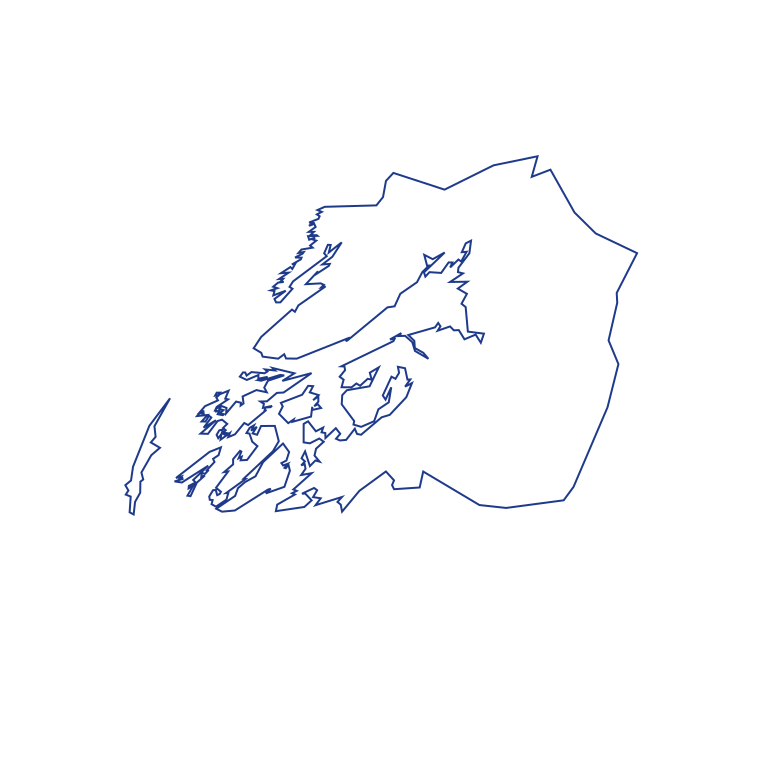 Kragerø nor, Telemark, Norway, rotated 153°
{"feature_id": "86288312B49574496849742", "entity_name": "Kragerø nor", "entity_type": "district", "adm_level": 2, "iso_a3": "NOR", "parent_name": "Norway", "parent_adm1": "Telemark", "projection": "natural_earth1", "projection_center": [9.439, 58.886], "detail": "fine", "context": "isolated", "style": "outline", "palette": "blue", "viewbox_px": 768, "rotation_deg": 153, "n_neighbors": 0, "source": "geoboundaries", "source_scale": "gbopen_adm2", "svg_char_len": 6171}
<svg xmlns="http://www.w3.org/2000/svg" viewBox="0 0 768 768"><g transform="rotate(153 384 384)"><path d="M356.4,568.8L364.3,569.2L361.3,565.6L366.8,565.6L365.2,562.7L367.4,560.9L377.4,561.9L374.4,559.9L379.0,559.0L373.5,558.3L373.6,555.0L381.9,553.7L377.4,551.4L382.0,550.1L376.4,547.1L376.0,546.2L384.6,550.2L385.1,546.5L378.9,545.8L381.9,545.1L379.3,542.5L387.0,540.9L385.7,537.9L396.5,541.3L400.7,539.6L395.6,538.0L397.4,537.1L405.8,537.1L400.1,534.0L401.6,532.8L411.9,532.3L407.8,531.9L413.5,528.1L414.3,530.7L425.5,529.5L418.4,526.5L429.9,525.2L426.1,523.5L429.1,522.5L427.1,520.5L432.3,522.4L438.6,521.0L435.5,517.8L442.4,518.8L439.4,516.5L442.4,513.2L429.2,511.7L443.0,509.5L443.1,505.7L439.3,503.8L422.3,510.4L424.1,513.4L418.5,516.7L377.0,523.9L378.0,527.6L370.8,533.5L368.4,532.1L373.5,526.2L357.4,529.4L372.3,520.8L384.6,518.5L377.8,515.6L379.6,514.3L393.5,512.8L391.7,514.4L408.3,508.4L394.7,502.4L392.6,499.7L396.0,498.6L391.7,497.5L424.6,492.9L430.6,488.8L432.2,492.1L472.1,481.7L483.9,475.0L479.2,467.5L479.7,463.5L466.8,454.6L459.4,455.8L459.7,451.2L450.2,446.2L393.3,440.9L398.7,439.6L396.8,439.4L346.1,450.7L339.3,448.4L328.5,457.0L308.4,459.7L298.9,466.4L290.1,469.1L291.9,469.9L289.5,480.8L283.9,473.1L270.2,473.6L297.7,465.3L298.4,460.9L292.7,463.0L282.6,457.0L271.2,463.0L267.9,461.2L272.1,457.8L261.2,461.1L259.6,458.1L250.4,464.3L254.8,466.1L247.3,472.2L241.4,472.2L248.6,461.7L264.9,453.8L267.3,450.1L263.4,446.7L278.8,444.9L263.3,437.3L274.9,435.5L269.2,426.7L278.5,420.3L276.3,415.5L285.5,392.6L272.1,383.5L279.0,376.8L279.9,386.4L292.0,387.3L292.9,398.1L297.4,400.1L299.0,405.3L312.0,407.1L307.5,409.8L308.0,413.8L312.8,411.3L340.1,416.6L337.4,408.7L340.2,402.1L334.8,393.9L333.0,386.3L341.4,399.4L339.8,408.4L343.3,417.3L349.0,420.0L345.5,421.5L358.4,421.0L354.1,419.4L356.1,417.9L414.0,419.1L411.3,417.5L412.4,414.0L420.2,410.6L418.0,406.2L423.3,400.4L414.3,395.8L408.4,397.0L406.1,393.3L396.2,396.0L393.0,393.5L391.5,400.5L381.1,401.2L397.9,388.5L419.9,395.3L426.3,393.0L430.9,385.1L427.4,364.5L429.6,361.7L423.8,356.2L409.7,355.3L400.5,364.0L388.1,365.5L379.0,377.8L389.7,369.4L390.3,374.3L374.0,387.1L371.4,383.4L365.5,387.1L363.8,393.0L358.1,388.5L361.1,377.3L358.5,376.1L366.4,372.1L358.7,372.1L370.1,362.1L392.9,353.9L401.2,355.4L427.5,349.2L430.7,351.8L430.3,357.4L443.1,351.4L448.9,353.7L451.6,357.0L445.6,359.5L447.0,366.5L460.7,362.4L458.6,367.0L461.6,369.3L458.0,372.8L466.2,372.8L468.6,385.2L473.7,384.9L482.1,368.5L477.0,364.8L466.4,364.8L463.9,359.9L473.9,357.2L478.4,351.8L476.6,344.0L479.8,347.0L487.3,344.5L484.9,359.8L491.2,355.2L489.6,350.9L494.7,349.1L491.1,348.5L492.4,344.1L499.1,340.5L489.0,337.4L512.6,331.2L510.3,328.4L515.5,328.4L513.5,326.0L533.9,325.0L538.1,319.8L510.8,310.6L501.3,313.2L503.9,322.1L506.9,323.5L493.5,323.1L491.8,319.7L498.5,315.4L492.3,310.9L500.0,307.1L472.8,302.4L479.0,300.0L477.3,296.2L479.3,289.3L454.4,300.0L422.0,305.2L418.8,293.6L422.7,290.3L422.8,285.7L399.2,275.6L388.8,288.2L353.9,232.8L331.4,218.1L276.7,198.8L261.8,206.3L195.4,261.8L166.1,295.3L164.1,320.9L139.3,350.5L135.3,359.5L99.1,385.7L127.0,422.0L136.4,450.4L138.4,499.4L158.3,501.5L143.8,517.2L187.1,529.1L241.8,529.7L279.8,567.8L290.0,564.1L300.0,551.0L309.7,546.6L356.4,568.8ZM539.6,406.8L526.2,412.7L523.7,409.1L500.5,414.3L502.5,414.6L500.6,416.9L495.6,414.9L493.7,415.3L502.7,417.7L500.0,420.8L502.1,424.5L496.1,421.7L483.5,424.7L477.3,422.0L443.6,426.6L473.2,432.9L459.0,434.2L476.1,448.9L474.9,445.5L483.4,451.0L482.2,448.1L485.5,447.8L496.7,454.8L502.6,453.9L502.4,457.2L504.3,458.3L509.1,456.0L504.4,449.9L491.8,449.0L493.6,445.8L484.4,443.2L494.5,444.6L492.0,442.7L472.4,439.2L469.0,437.0L485.9,439.6L492.3,435.2L492.2,429.8L500.4,436.5L515.6,437.1L518.0,430.4L521.5,429.9L520.0,432.3L523.8,435.5L538.0,429.5L535.2,434.2L538.9,438.3L541.8,436.3L538.9,433.6L543.7,432.4L540.3,429.7L541.8,429.4L545.9,432.6L543.0,434.6L546.2,435.8L545.8,437.0L547.5,436.8L545.5,437.3L545.7,435.7L543.0,435.1L540.7,438.6L545.4,438.0L543.5,439.5L529.9,441.1L532.1,443.0L525.5,448.6L536.9,449.6L534.1,450.8L537.0,452.2L539.8,450.3L536.0,449.1L539.6,448.0L539.4,444.8L553.5,445.5L561.2,442.4L557.3,441.7L558.1,439.5L561.6,441.8L565.1,440.3L555.3,436.5L563.5,433.4L560.1,431.6L554.3,435.1L553.1,432.5L564.5,427.0L550.2,428.0L570.0,423.1L563.5,419.5L549.0,426.6L544.5,425.7L541.8,419.6L547.4,417.9L546.0,414.7L549.1,413.6L546.1,411.4L548.9,411.3L551.0,413.8L548.2,416.4L551.8,417.5L556.2,414.7L556.3,411.0L551.8,413.1L554.9,408.6L543.5,410.3L546.9,407.4L539.6,406.8ZM539.0,340.2L519.4,337.6L507.2,349.5L505.8,355.4L509.8,353.5L510.7,354.5L505.9,356.6L510.9,357.2L511.3,360.1L505.7,360.1L499.4,366.5L501.0,376.8L527.2,369.3L540.4,360.1L552.3,359.7L561.4,357.5L567.4,351.9L590.1,349.0L586.3,343.8L574.3,339.0L535.3,342.6L532.4,342.1L539.0,340.2ZM589.4,351.0L576.9,352.5L572.2,357.6L574.3,358.5L550.4,362.2L552.2,363.3L513.5,374.5L503.7,380.8L500.3,396.2L512.6,402.4L520.1,396.4L523.5,399.6L516.8,403.6L523.5,402.7L518.6,406.2L523.6,405.9L528.8,402.7L526.4,400.9L527.6,392.4L525.0,386.1L540.5,378.5L546.4,381.1L543.8,383.8L547.2,383.8L541.8,388.5L542.6,389.8L552.6,385.5L554.9,380.9L566.4,378.1L562.6,376.8L580.8,367.8L578.2,362.0L580.3,360.6L583.1,360.7L582.0,365.9L584.5,367.0L590.8,363.1L591.8,359.9L589.4,358.4L592.2,355.2L589.4,351.0ZM666.3,381.4L659.3,392.0L650.6,397.8L645.4,407.6L641.9,408.2L640.3,415.3L623.7,426.2L612.6,428.9L618.3,437.8L611.5,440.6L607.7,450.6L581.1,468.4L612.0,453.3L645.2,424.2L653.2,412.9L660.4,411.3L660.1,405.1L664.3,402.7L660.8,398.7L668.9,385.2L666.3,381.4ZM482.5,391.8L463.8,388.1L458.3,396.2L459.5,393.4L451.0,391.2L452.2,396.1L456.2,395.9L450.5,398.1L448.2,402.7L454.5,401.8L447.3,403.8L453.9,410.2L448.2,414.3L452.4,416.8L461.8,411.6L484.4,414.0L484.4,410.0L491.1,405.1L487.1,392.6L480.6,393.4L482.5,391.8ZM607.3,371.9L595.5,381.1L585.1,383.8L588.9,384.3L586.6,387.5L584.1,385.2L579.2,387.0L582.2,387.1L570.4,391.5L570.3,394.9L563.7,395.7L558.1,401.6L570.3,402.7L612.0,394.7L606.5,393.6L609.3,392.4L606.3,391.9L606.6,390.8L614.9,392.3L608.8,388.0L577.7,391.0L597.6,385.1L596.5,381.8L604.1,381.8L605.5,379.7L600.2,380.0L609.8,373.7L607.3,371.9Z" fill="none" stroke="#1e3a8a" stroke-width="2"/></g></svg>